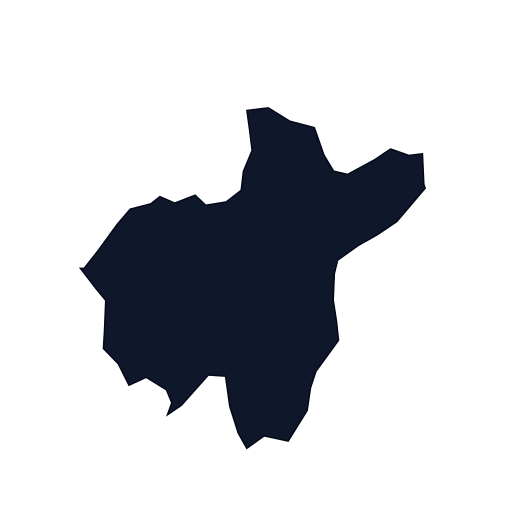 Hörby, Skåne, Sweden, rotated 306°
{"feature_id": "70781695B77585109803763", "entity_name": "Hörby", "entity_type": "district", "adm_level": 2, "iso_a3": "SWE", "parent_name": "Sweden", "parent_adm1": "Skåne", "projection": "natural_earth1", "projection_center": [13.763, 55.867], "detail": "fine", "context": "isolated", "style": "filled", "palette": "ink", "viewbox_px": 512, "rotation_deg": 306, "n_neighbors": 0, "source": "geoboundaries", "source_scale": "gbopen_adm2", "svg_char_len": 858}
<svg xmlns="http://www.w3.org/2000/svg" viewBox="0 0 512 512"><g transform="rotate(306 256 256)"><path d="M142.8,121.2L135.5,145.9L131.8,160.5L106.1,177.6L91.5,186.9L87.8,208.0L76.8,229.2L93.3,238.4L95.1,262.2L87.7,274.2L75.5,277.7L91.4,283.4L131.7,287.4L140.9,302.0L118.9,323.2L102.3,345.7L95.0,361.6L115.2,368.3L125.2,390.8L161.1,388.2L181.3,377.6L197.8,372.3L236.3,372.3L251.0,359.0L265.7,344.4L287.7,329.8L300.6,324.5L324.5,332.5L344.7,341.7L366.7,349.7L410.3,353.0L412.6,349.7L436.5,330.6L427.2,320.5L421.7,302.0L403.4,295.3L375.8,282.1L370.3,268.9L377.6,251.6L394.1,227.8L384.9,204.0L383.1,178.9L368.4,163.1L351.9,178.9L339.1,190.8L317.0,196.1L300.5,205.4L282.2,200.1L267.5,185.5L269.4,171.0L251.0,159.1L247.5,143.3L236.4,140.2L220.0,126.7L200.1,125.1L167.2,125.1L144.9,124.2L142.8,121.2Z" fill="#0f172a" stroke="#020617" stroke-width="1.5"/></g></svg>